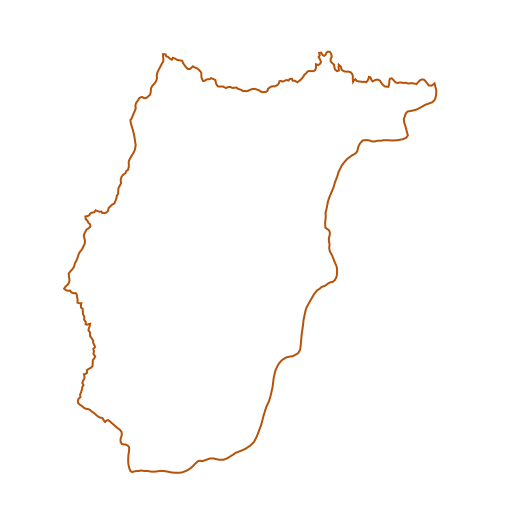 Santa Vitória, Minas Gerais, Brazil (Equal Earth projection), rotated 175°
{"feature_id": "56859067B64714034582916", "entity_name": "Santa Vitória", "entity_type": "district", "adm_level": 2, "iso_a3": "BRA", "parent_name": "Brazil", "parent_adm1": "Minas Gerais", "projection": "equal_earth", "projection_center": [-50.287, -18.979], "detail": "fine", "context": "isolated", "style": "outline", "palette": "amber", "viewbox_px": 512, "rotation_deg": 175, "n_neighbors": 0, "source": "geoboundaries", "source_scale": "gbopen_adm2", "svg_char_len": 6071}
<svg xmlns="http://www.w3.org/2000/svg" viewBox="0 0 512 512"><g transform="rotate(175 256 256)"><path d="M328.6,464.8L331.0,465.2L331.2,461.8L331.1,459.2L331.8,457.3L332.9,456.0L338.2,447.6L339.1,444.7L339.2,441.6L340.1,439.2L341.9,436.9L343.6,435.4L345.1,433.7L346.0,432.2L346.3,430.1L346.8,427.6L347.7,425.7L351.2,423.1L353.6,422.9L355.6,424.4L357.0,424.1L358.6,423.4L360.1,421.2L362.0,419.1L363.1,416.3L362.9,414.1L363.5,412.1L366.0,407.7L367.1,405.3L368.1,403.7L369.3,402.3L369.1,399.1L367.4,390.7L366.8,386.1L366.2,376.8L367.3,372.8L368.5,370.2L371.9,365.7L373.0,364.1L374.2,362.1L374.7,360.3L374.7,358.2L375.0,355.7L376.0,353.0L377.9,351.8L378.9,349.8L381.5,348.4L383.2,346.4L384.2,343.5L384.1,340.2L387.1,335.7L388.0,329.9L389.2,328.5L390.0,325.8L391.3,322.9L392.7,320.6L395.0,319.6L396.8,318.1L398.6,316.7L399.3,314.3L400.9,312.5L403.1,311.9L405.3,312.2L406.2,313.8L407.9,313.7L409.9,314.5L411.8,315.5L413.4,313.6L415.6,313.5L417.2,312.9L418.6,311.1L420.6,310.4L422.5,310.3L422.4,307.5L420.9,306.0L420.2,303.9L418.6,302.1L418.4,299.9L420.3,298.2L422.4,297.2L424.7,293.8L425.8,291.4L425.1,286.5L425.3,284.1L426.1,282.1L427.3,280.4L428.5,278.1L431.3,275.1L432.3,273.7L434.2,269.2L435.4,266.9L436.9,264.8L438.3,261.0L439.7,259.3L442.4,256.7L444.1,254.9L444.1,251.7L443.9,249.4L444.0,247.4L444.8,245.4L446.1,243.8L448.2,242.4L450.0,240.2L448.2,238.4L446.0,237.7L444.2,237.8L443.2,235.9L441.0,234.8L438.9,234.8L437.9,233.3L437.8,230.9L437.5,228.0L437.9,225.1L436.2,224.3L434.1,224.2L434.7,222.3L434.8,219.9L433.3,218.5L433.4,213.0L432.3,210.4L432.8,207.5L431.3,205.1L431.7,202.9L430.4,202.3L427.2,202.9L427.8,200.6L428.8,198.6L429.4,196.6L428.0,194.3L428.3,190.6L426.6,188.0L425.6,186.0L425.9,184.1L424.2,179.5L426.2,177.6L425.7,175.2L426.5,172.7L424.9,169.9L426.2,168.0L427.7,166.4L428.4,160.6L430.1,159.1L432.9,157.9L434.5,156.9L434.5,154.3L435.9,153.5L437.7,153.2L437.3,150.7L437.8,148.7L438.9,147.1L440.1,144.8L439.1,142.4L440.3,141.0L441.0,138.4L442.1,135.5L443.3,133.3L443.2,130.7L445.1,129.4L446.1,127.1L445.9,124.8L444.5,123.3L442.3,121.5L440.7,119.9L439.1,118.7L437.2,118.3L435.7,117.7L434.3,116.6L432.7,114.9L431.1,113.7L427.6,110.1L425.9,108.8L424.3,108.4L423.0,107.8L422.0,105.6L420.8,103.8L419.4,105.0L417.6,105.4L415.9,104.0L414.6,102.4L413.3,101.2L408.7,96.4L406.5,94.5L405.2,92.2L405.3,89.4L406.0,87.6L406.8,85.8L407.1,82.5L405.9,80.3L404.4,79.8L402.3,79.6L400.3,78.3L399.3,77.1L399.1,74.5L400.1,70.4L400.6,67.8L401.1,64.3L401.3,61.4L401.2,58.9L400.6,55.2L399.8,52.7L398.1,51.5L396.3,52.0L394.2,52.2L391.3,52.0L389.5,52.4L385.3,51.4L383.2,51.4L378.6,50.2L374.3,50.0L370.7,50.3L368.2,50.1L364.6,49.4L359.2,47.8L356.2,47.2L352.0,46.8L348.7,46.8L344.1,48.1L340.9,49.6L337.7,51.7L334.8,54.3L331.6,56.7L329.7,56.9L327.2,56.3L320.0,58.2L318.6,58.3L315.7,57.9L310.7,56.3L306.1,55.9L302.5,56.9L296.3,60.0L293.2,61.8L287.8,63.3L283.4,64.8L278.3,67.6L274.2,71.0L271.5,75.2L270.0,78.0L265.5,87.4L262.2,96.8L259.0,104.5L255.5,110.7L253.4,116.2L251.0,123.7L248.9,133.4L246.7,140.1L244.0,144.8L242.5,146.9L240.5,148.9L238.8,150.3L234.7,152.3L230.9,152.9L228.7,152.9L226.3,153.7L222.6,155.5L221.5,156.9L220.2,158.9L219.5,161.7L217.4,173.5L215.1,183.5L214.2,188.2L211.5,197.1L210.4,199.8L207.1,204.9L201.7,212.7L198.1,216.5L195.6,217.7L193.4,219.4L190.0,220.3L185.7,222.8L183.5,223.5L181.9,223.5L179.6,225.1L178.0,227.5L177.2,229.4L176.5,234.1L176.5,238.2L178.3,243.6L180.1,249.9L182.1,254.4L182.4,257.6L181.7,261.2L182.1,264.6L181.8,267.5L180.7,270.6L180.4,273.2L181.1,275.4L184.4,278.1L184.3,282.9L183.1,288.9L183.0,292.8L181.7,296.6L179.5,304.2L177.8,308.1L172.5,318.2L171.0,322.4L168.2,328.0L166.6,332.2L162.9,338.3L160.9,340.7L156.9,344.6L151.9,347.7L148.1,349.4L146.2,351.2L144.4,356.2L142.7,358.9L139.8,361.7L138.0,361.9L134.3,361.7L129.9,359.9L127.4,359.8L125.4,360.2L121.1,360.0L118.7,360.2L115.0,359.9L110.4,359.2L105.9,359.0L99.7,359.5L96.1,360.7L94.2,362.9L95.1,367.9L95.7,371.8L96.6,375.3L96.9,379.2L94.4,384.9L92.6,386.6L90.9,386.9L88.8,387.0L83.2,387.9L77.5,390.3L74.7,391.7L66.9,393.8L64.4,396.0L63.3,398.2L62.3,402.0L62.0,405.3L63.1,412.4L64.4,411.5L66.2,410.4L69.0,410.8L71.8,415.3L73.2,416.9L74.7,417.4L76.7,417.1L79.2,415.1L81.1,413.3L85.8,414.7L87.5,414.5L89.5,414.6L91.7,415.5L94.4,415.6L96.3,416.2L98.2,416.3L100.1,416.0L101.9,416.9L104.2,420.0L105.4,421.2L106.9,421.0L107.8,419.5L108.1,417.0L108.6,415.1L109.4,413.0L112.7,413.6L114.0,414.7L115.2,416.0L117.4,420.0L119.6,421.2L121.9,420.9L123.4,420.2L124.8,419.8L125.9,422.0L126.5,424.2L127.9,424.6L128.5,422.7L129.7,420.8L131.1,419.5L132.8,420.1L134.8,420.2L138.7,421.0L140.4,421.6L141.6,423.5L143.0,422.5L144.1,421.0L144.2,424.0L143.8,426.7L144.3,428.8L145.7,430.8L148.1,431.7L150.1,431.8L151.9,432.2L154.4,433.9L155.0,437.3L156.9,439.3L157.3,436.5L157.2,433.6L159.3,433.1L160.9,434.8L161.5,437.1L161.5,439.7L163.0,441.2L164.6,443.3L164.5,445.9L163.2,447.8L163.5,450.9L164.6,452.9L166.4,453.3L168.1,452.5L169.1,450.4L170.7,449.4L172.3,450.6L173.4,453.0L175.4,452.8L175.0,450.3L176.3,448.8L175.0,446.1L174.3,443.4L175.6,441.8L177.3,440.7L179.5,441.8L179.9,438.0L180.9,435.9L182.8,435.2L185.6,435.4L187.4,435.7L189.0,434.9L190.2,433.5L191.9,432.5L193.0,430.9L194.5,429.2L195.8,427.9L197.9,426.5L199.7,425.5L202.2,427.3L204.2,427.4L204.7,429.4L206.8,429.5L208.5,427.9L210.1,428.7L214.2,427.4L215.8,428.2L217.4,428.1L218.0,426.4L219.4,424.6L222.5,423.4L225.6,423.6L227.8,422.6L229.5,421.4L230.1,419.6L231.9,418.6L236.0,418.7L238.8,421.0L242.6,422.6L244.6,422.7L247.2,422.2L249.5,421.2L251.2,421.0L253.0,421.4L254.6,421.4L255.9,422.6L259.6,424.2L260.7,425.5L265.0,425.5L266.7,426.6L269.3,426.7L271.0,425.9L272.9,426.9L274.2,427.7L275.7,427.9L277.5,427.9L279.2,428.3L280.2,429.8L280.9,432.1L281.1,434.7L283.0,436.0L285.3,437.1L286.8,436.1L288.4,436.3L290.1,436.1L291.6,435.1L293.5,434.9L294.8,438.4L294.6,441.0L294.6,443.6L295.8,445.3L297.2,447.0L298.7,448.4L300.9,449.3L302.4,450.4L305.3,448.1L307.6,448.1L309.6,450.7L311.8,454.4L312.5,456.9L317.4,458.2L319.5,459.7L321.6,460.7L322.7,458.9L324.7,460.3L326.3,462.0L328.0,462.8L328.6,464.8Z" fill="none" stroke="#b45309" stroke-width="2"/></g></svg>